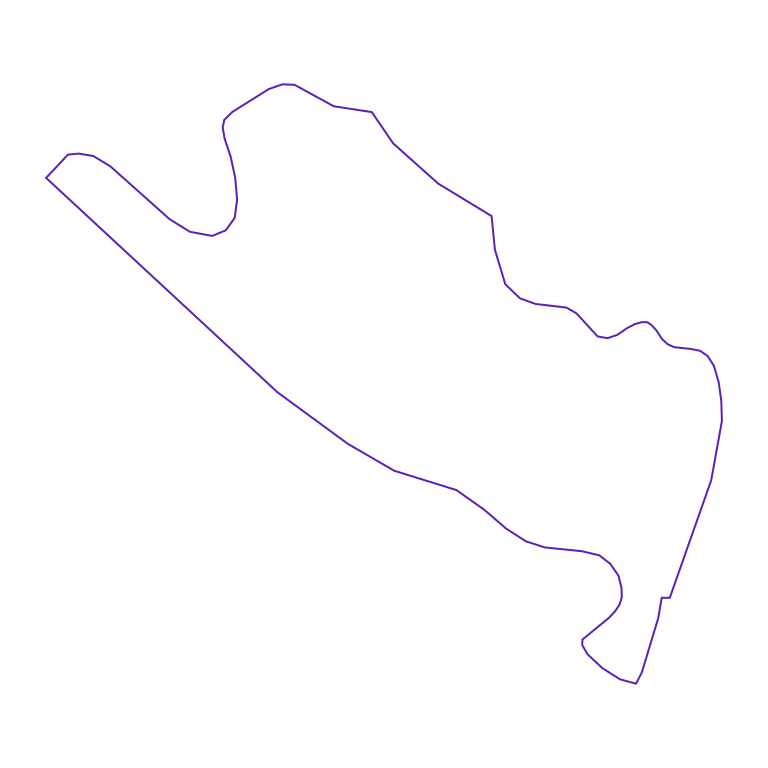 the Province of Ninh Bình
{"feature_id": "VNM-466", "entity_name": "Ninh Bình", "entity_type": "Province", "adm_level": 1, "iso_a3": "VNM", "parent_name": "Vietnam", "parent_adm1": "", "projection": "robinson", "projection_center": [105.947, 20.203], "detail": "fine", "context": "isolated", "style": "outline", "palette": "violet", "viewbox_px": 768, "rotation_deg": 0, "n_neighbors": 0, "source": "natural_earth", "source_scale": "10m", "svg_char_len": 1080}
<svg xmlns="http://www.w3.org/2000/svg" viewBox="0 0 768 768"><path d="M669.8,597.8L661.7,597.8L658.3,617.9L641.8,672.5L636.0,683.7L620.0,679.3L602.4,668.2L587.5,654.2L582.2,645.0L582.2,644.5L582.5,639.5L609.3,617.5L615.2,611.1L619.5,604.7L621.8,597.2L621.5,587.9L618.5,575.7L610.3,563.9L599.3,555.3L581.7,551.2L544.6,547.4L525.8,541.3L506.0,528.5L484.3,509.8L456.4,490.1L394.1,470.7L347.9,443.9L277.5,392.3L46.1,177.9L68.0,154.6L78.9,153.6L93.3,156.0L110.4,166.4L169.6,219.2L189.9,231.8L212.2,235.9L225.8,230.3L234.7,217.9L237.1,199.5L235.2,177.8L230.7,156.8L224.6,138.6L222.7,127.6L224.3,119.9L232.4,111.9L268.9,89.0L282.5,84.3L294.5,84.8L333.8,106.3L371.8,112.1L393.1,143.3L438.2,183.6L491.6,216.1L494.9,249.7L505.3,284.2L519.9,298.3L535.6,304.0L566.5,307.6L576.6,313.5L597.6,336.4L607.4,338.2L617.5,334.8L626.5,328.5L634.6,324.2L641.6,322.2L647.3,322.2L651.5,325.0L656.3,330.3L662.0,339.0L667.6,344.2L674.2,347.2L691.3,349.0L700.1,350.8L707.7,356.1L714.0,366.0L718.7,382.4L721.3,400.8L721.9,421.1L711.2,480.3L669.8,597.8Z" fill="none" stroke="#5b21b6" stroke-width="2"/></svg>